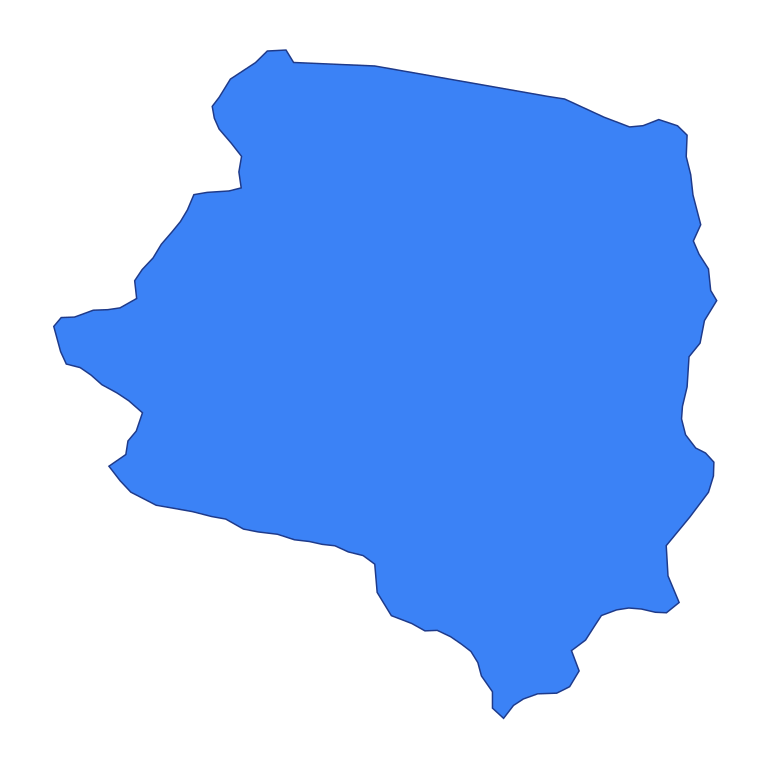 the district of Espírito Santo do Turvo, São Paulo, Brazil, rotated 181°
{"feature_id": "56859067B99207241382744", "entity_name": "Espírito Santo do Turvo", "entity_type": "district", "adm_level": 2, "iso_a3": "BRA", "parent_name": "Brazil", "parent_adm1": "São Paulo", "projection": "albers", "projection_center": [-49.425, -22.663], "detail": "fine", "context": "isolated", "style": "filled", "palette": "blue", "viewbox_px": 768, "rotation_deg": 181, "n_neighbors": 0, "source": "geoboundaries", "source_scale": "gbopen_adm2", "svg_char_len": 1610}
<svg xmlns="http://www.w3.org/2000/svg" viewBox="0 0 768 768"><g transform="rotate(181 384 384)"><path d="M657.6,297.0L646.1,282.6L635.2,271.4L622.0,264.9L609.7,258.8L573.5,253.1L554.1,248.5L539.9,246.2L522.0,236.5L507.3,233.9L487.9,231.9L470.9,226.7L455.8,225.2L443.0,222.6L430.3,221.4L416.8,215.5L401.9,212.1L390.1,203.7L387.2,175.5L372.6,152.5L352.0,145.0L338.8,137.9L326.5,138.6L313.0,132.5L302.1,125.3L292.4,118.1L285.3,107.1L281.5,93.8L270.2,78.2L269.9,61.8L258.6,51.8L248.9,64.9L239.2,71.5L225.0,76.9L205.9,77.9L193.1,84.6L183.9,100.5L191.9,120.7L178.0,131.5L169.2,145.8L162.6,156.3L147.5,162.2L135.4,164.3L122.7,163.5L108.7,160.5L97.6,160.2L85.1,170.7L96.7,197.1L99.0,227.3L75.9,256.3L57.7,281.4L53.0,297.8L52.8,311.6L61.3,320.6L71.2,325.4L81.6,338.5L85.9,354.3L85.2,366.9L80.9,386.4L79.5,416.6L68.7,430.4L64.7,453.0L52.8,473.2L59.0,483.2L61.6,504.7L71.3,519.3L77.2,532.4L70.1,548.8L78.4,578.5L81.0,598.7L85.8,616.6L85.3,638.1L95.0,647.3L113.9,653.2L129.5,646.8L142.9,645.3L168.9,654.7L208.4,672.1L225.2,674.4L398.8,701.8L480.0,703.9L487.8,716.2L506.5,714.9L518.1,703.1L529.7,695.2L542.9,686.2L553.8,667.8L560.6,658.6L558.3,646.8L553.3,636.0L541.0,622.2L530.4,609.1L532.8,593.5L530.2,577.6L542.4,574.3L564.2,572.5L577.4,570.0L583.6,554.6L590.4,542.8L598.7,532.3L609.1,519.8L617.1,506.0L627.8,494.2L635.1,482.9L632.8,465.2L649.3,455.5L661.4,453.5L676.0,452.7L694.7,445.5L707.9,444.8L715.2,435.8L707.9,410.7L702.0,398.4L688.1,395.1L677.2,387.9L666.1,378.4L651.0,370.5L638.9,362.8L625.0,351.0L630.9,332.6L639.0,322.6L640.9,309.0L657.6,297.0Z" fill="#3b82f6" stroke="#1e3a8a" stroke-width="1.5"/></g></svg>